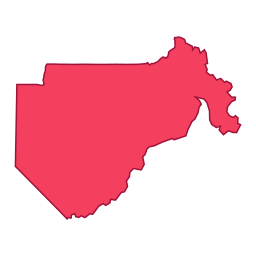 the district of Boise, Idaho, United States of America
{"feature_id": "52423323B9303056648092", "entity_name": "Boise", "entity_type": "district", "adm_level": 2, "iso_a3": "USA", "parent_name": "United States of America", "parent_adm1": "Idaho", "projection": "mercator", "projection_center": [-115.514, 43.968], "detail": "fine", "context": "isolated", "style": "filled", "palette": "rose", "viewbox_px": 256, "rotation_deg": 0, "n_neighbors": 0, "source": "geoboundaries", "source_scale": "gbopen_adm2", "svg_char_len": 1914}
<svg xmlns="http://www.w3.org/2000/svg" viewBox="0 0 256 256"><path d="M184.6,39.5L183.3,38.8L180.5,37.4L177.8,37.1L176.0,37.7L174.7,37.5L174.3,39.1L175.0,40.5L174.9,42.6L175.2,45.4L174.7,47.7L172.6,49.1L170.5,50.4L168.6,52.1L168.6,53.8L167.6,56.7L166.8,57.2L166.2,57.7L166.2,58.1L165.3,58.1L164.6,57.4L162.6,57.1L160.9,58.5L159.1,60.2L157.8,61.7L155.2,62.8L153.7,63.6L151.7,63.5L149.9,64.8L149.1,64.7L148.6,63.6L147.5,62.6L146.2,63.6L138.2,64.3L127.9,64.4L123.6,64.4L116.8,64.3L104.9,64.4L94.8,64.4L87.4,64.3L80.9,64.3L74.2,64.4L65.7,64.3L61.2,64.3L54.7,64.1L47.0,64.1L46.0,65.5L45.5,67.2L45.4,68.5L45.5,70.1L45.2,70.9L45.0,72.1L44.3,73.6L44.1,75.2L43.8,76.9L43.6,78.4L43.1,79.7L43.2,80.9L43.7,82.4L43.7,83.7L44.1,84.4L43.2,85.3L41.0,85.3L37.0,84.5L30.6,84.5L27.0,84.5L16.9,84.5L15.4,166.4L18.6,169.6L57.1,208.6L67.1,218.9L67.8,217.6L71.1,218.0L71.3,215.1L74.8,213.6L75.7,216.6L78.7,217.4L81.3,215.8L84.9,217.6L89.9,213.7L92.7,214.3L98.5,206.4L103.1,203.6L105.8,205.4L109.9,202.8L110.6,199.4L115.5,200.1L121.2,192.5L124.4,191.8L127.5,186.4L126.4,181.0L129.4,176.8L129.9,172.2L133.5,168.5L141.2,169.9L144.2,164.3L142.7,156.9L145.0,154.5L147.1,148.8L149.3,146.8L154.3,145.8L162.2,142.1L172.3,138.5L174.1,139.8L185.9,135.8L187.8,129.9L191.9,121.6L194.9,119.0L198.0,112.8L199.1,107.2L201.3,104.2L199.5,100.7L195.5,97.0L203.9,99.0L206.9,102.5L209.5,110.8L209.7,119.9L211.7,124.4L216.3,127.5L220.4,126.2L219.2,130.0L223.5,134.7L228.5,130.7L233.0,132.5L236.6,132.5L240.6,124.8L237.6,123.2L238.0,117.9L235.3,115.7L233.8,117.4L229.5,115.9L226.8,111.6L227.6,106.6L231.7,101.5L235.1,100.1L235.4,97.2L231.5,97.1L227.0,92.0L230.2,90.2L232.1,86.9L230.9,83.5L226.3,81.2L224.5,82.4L220.8,78.5L216.5,80.0L212.7,74.7L210.4,75.2L206.3,72.2L207.2,69.6L205.1,64.4L207.5,63.4L206.1,53.0L204.4,49.8L200.3,53.1L198.6,48.0L194.6,47.0L192.6,49.7L192.3,46.3L185.7,43.0L184.6,39.5Z" fill="#f43f5e" stroke="#9f1239" stroke-width="1.5"/></svg>